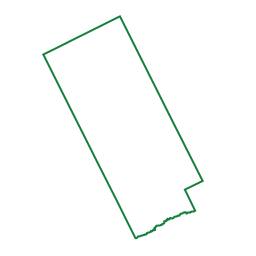 the district of Sampov Lun, Batdâmbâng, Cambodia, rotated 244°
{"feature_id": "14789045B67419263387290", "entity_name": "Sampov Lun", "entity_type": "district", "adm_level": 2, "iso_a3": "KHM", "parent_name": "Cambodia", "parent_adm1": "Batdâmbâng", "projection": "natural_earth1", "projection_center": [102.379, 13.419], "detail": "fine", "context": "isolated", "style": "outline", "palette": "green", "viewbox_px": 256, "rotation_deg": 244, "n_neighbors": 0, "source": "geoboundaries", "source_scale": "gbopen_adm2", "svg_char_len": 1886}
<svg xmlns="http://www.w3.org/2000/svg" viewBox="0 0 256 256"><g transform="rotate(244 128 128)"><path d="M231.2,84.1L173.8,84.7L125.1,85.3L112.5,85.4L92.0,85.7L65.3,86.1L64.8,86.1L46.4,86.2L26.1,86.4L25.8,86.4L25.3,87.3L25.3,87.7L25.4,88.1L25.8,88.8L25.9,89.4L26.1,89.7L25.8,90.4L25.5,90.8L25.4,91.6L25.5,92.5L25.3,93.1L25.2,93.5L25.0,93.9L25.1,94.3L25.1,94.7L25.1,95.1L24.8,95.7L24.8,96.1L24.9,96.5L24.7,96.9L24.4,97.3L24.5,97.7L24.8,98.0L24.7,98.2L24.6,98.5L25.1,98.9L25.3,99.2L25.3,99.8L25.1,100.4L24.7,101.1L24.8,101.6L24.8,102.2L24.7,102.7L24.7,103.1L25.3,103.5L24.8,104.1L24.6,104.6L24.8,104.9L24.9,105.3L25.3,105.7L25.5,106.2L25.0,106.6L24.6,106.9L24.5,107.5L24.9,107.9L25.3,108.0L26.1,108.0L26.6,108.0L26.8,108.8L26.7,109.3L27.1,110.1L27.6,110.4L27.6,110.7L27.6,111.0L27.4,111.5L27.2,111.8L27.1,112.6L26.7,113.2L26.3,113.8L26.3,114.2L26.5,114.8L26.3,115.5L26.1,115.9L26.4,116.1L26.7,116.5L26.7,117.2L26.4,117.7L26.5,118.4L26.7,119.0L27.0,119.3L27.8,119.4L28.2,119.5L28.1,120.3L27.8,120.9L27.7,121.4L27.7,121.8L27.8,122.4L28.5,122.3L28.9,123.3L29.0,124.0L28.7,124.2L28.3,124.3L27.8,124.6L27.7,125.2L28.0,125.5L28.3,125.9L28.6,126.2L28.6,126.6L28.1,127.0L27.8,127.6L27.5,127.9L27.2,128.2L27.2,129.2L27.5,129.7L27.7,130.2L27.7,131.0L27.7,131.7L27.3,132.2L27.3,133.0L27.1,133.5L27.2,134.1L27.4,134.6L26.9,135.2L26.7,135.7L26.8,135.9L26.9,136.0L27.3,136.6L27.4,137.1L27.8,137.6L27.8,138.3L27.4,138.8L27.3,139.6L27.4,140.2L27.7,140.8L27.6,141.2L27.2,141.6L27.3,142.4L27.1,142.8L26.5,143.0L26.0,143.5L25.5,143.3L25.5,143.9L25.7,144.4L25.7,145.2L25.4,145.4L25.2,145.9L25.1,146.0L25.0,146.4L24.8,146.8L25.1,147.1L25.2,147.6L24.9,148.0L24.9,148.6L24.9,149.0L24.6,149.5L24.3,149.9L24.1,150.6L24.2,151.0L24.1,151.6L24.2,152.1L47.7,152.1L47.7,171.9L112.5,171.0L231.9,169.7L231.8,156.3L231.5,121.0L231.5,120.2L231.2,93.1L231.2,84.1Z" fill="none" stroke="#15803d" stroke-width="2"/></g></svg>